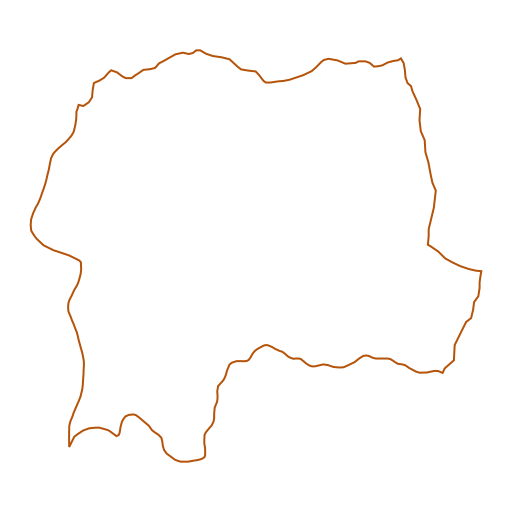 Tsirangtoe, Chirang, Bhutan
{"feature_id": "84629894B69953247245699", "entity_name": "Tsirangtoe", "entity_type": "district", "adm_level": 2, "iso_a3": "BTN", "parent_name": "Bhutan", "parent_adm1": "Chirang", "projection": "robinson", "projection_center": [90.098, 27.057], "detail": "fine", "context": "isolated", "style": "outline", "palette": "amber", "viewbox_px": 512, "rotation_deg": 0, "n_neighbors": 0, "source": "geoboundaries", "source_scale": "gbopen_adm2", "svg_char_len": 3708}
<svg xmlns="http://www.w3.org/2000/svg" viewBox="0 0 512 512"><path d="M442.6,372.9L444.7,368.4L453.9,360.3L454.7,345.0L457.8,338.7L462.1,330.0L466.1,322.0L471.1,318.1L473.1,309.8L474.1,302.1L478.3,296.3L479.6,288.0L479.6,282.4L480.3,277.1L481.3,271.2L476.1,270.7L469.1,269.1L460.4,266.2L452.6,262.5L445.2,258.4L438.1,251.4L430.3,246.1L427.9,244.8L428.7,235.6L428.7,229.1L433.8,207.9L435.8,190.7L432.4,182.7L430.6,174.3L428.4,162.4L425.4,152.1L424.7,140.2L420.8,131.2L419.5,120.2L419.9,113.7L420.2,109.0L416.2,99.3L412.5,91.3L411.0,86.1L407.6,83.2L405.5,77.5L404.9,70.1L403.6,63.0L400.9,58.4L398.0,60.3L393.6,60.9L387.7,62.5L382.2,65.4L378.3,66.2L374.0,66.6L369.7,62.9L365.4,61.3L358.7,61.3L355.6,62.9L345.4,63.7L337.5,60.4L328.5,58.8L323.8,60.0L321.1,62.1L316.0,67.4L311.7,71.1L303.1,75.2L289.7,79.7L283.8,80.9L278.7,81.3L270.5,82.5L265.8,82.5L263.5,80.9L258.8,74.7L255.6,71.4L248.2,70.6L241.1,69.4L237.4,66.5L229.6,59.3L221.7,57.3L212.7,56.0L205.7,53.6L200.2,50.3L196.3,50.3L192.7,53.1L188.8,54.0L182.9,52.7L175.5,54.3L169.6,57.6L164.5,60.5L159.0,63.4L155.1,67.9L150.4,69.1L143.3,69.9L138.6,73.2L134.7,75.7L131.6,78.1L125.7,78.1L122.5,76.5L117.1,72.4L111.2,70.3L108.8,72.4L104.1,77.7L99.4,80.6L93.9,83.0L92.7,90.0L92.0,97.4L88.8,102.3L83.3,106.0L78.6,104.9L77.4,109.2L76.4,111.8L76.4,115.4L76.1,119.9L75.4,124.5L74.5,128.5L73.6,132.0L71.5,135.6L68.6,139.1L65.7,142.2L62.0,145.2L58.4,148.3L55.1,151.6L53.1,154.0L51.1,158.1L50.0,163.3L48.7,170.1L47.1,176.3L46.4,179.6L45.4,183.4L44.1,187.3L43.2,190.0L42.3,192.4L41.5,194.7L40.9,196.7L39.2,200.9L37.9,203.8L35.7,207.5L34.4,210.5L33.2,213.0L31.1,219.4L30.7,225.2L31.2,230.7L34.0,235.3L36.5,238.6L39.6,241.6L43.7,245.4L47.4,247.2L53.4,250.2L58.9,252.0L65.2,254.1L69.2,255.5L72.5,257.1L76.3,259.0L79.3,260.5L80.9,262.3L81.0,265.7L81.2,269.0L80.6,274.2L79.4,278.7L78.3,282.4L76.8,285.8L74.3,289.8L71.4,296.2L69.5,299.8L68.5,302.8L68.1,306.4L68.4,311.4L70.7,316.8L72.0,320.4L73.6,324.0L74.9,327.6L76.7,332.0L77.7,335.6L78.6,339.8L80.9,348.1L82.2,352.6L83.3,357.9L83.9,362.1L83.9,365.7L83.6,370.1L83.5,374.3L83.1,379.9L82.8,384.7L82.3,389.1L80.5,396.6L78.5,401.6L73.7,412.6L72.4,416.6L70.3,421.6L69.3,425.8L69.1,431.9L69.1,438.8L69.2,447.0L74.3,436.7L77.7,434.1L83.0,430.6L89.2,428.3L95.2,427.7L99.4,427.7L108.0,430.1L110.7,431.8L112.5,433.2L116.5,436.1L118.7,435.0L119.6,432.9L120.6,426.7L121.9,421.9L123.1,419.6L125.3,416.5L128.8,414.9L131.1,414.7L133.3,414.4L135.9,415.1L139.4,417.7L141.1,419.2L148.8,425.7L152.0,430.2L154.6,432.2L158.5,434.8L161.4,437.8L162.3,441.6L162.9,446.2L164.1,450.0L166.7,453.6L174.9,459.7L178.6,461.1L180.9,461.7L188.0,461.7L194.5,460.5L197.4,460.1L200.6,459.3L202.5,458.5L204.5,457.1L205.2,455.0L205.1,448.2L204.3,443.4L204.3,439.6L204.6,434.7L205.8,432.4L208.7,428.8L211.7,425.4L213.5,421.6L214.1,418.7L214.2,413.2L214.7,407.6L217.1,401.7L217.5,398.5L217.5,394.7L217.2,391.6L218.1,386.1L223.4,380.2L224.9,377.4L226.1,374.1L226.6,372.0L227.5,369.4L229.5,364.6L231.7,362.8L235.3,361.5L237.4,361.1L243.5,361.2L246.2,361.1L248.5,360.1L250.1,358.1L253.0,353.1L255.1,350.7L257.3,349.1L259.2,348.0L263.2,345.8L265.2,345.1L267.3,345.1L269.8,346.0L272.4,347.2L275.5,349.1L277.5,349.9L279.3,350.8L282.4,351.8L285.3,354.0L287.9,356.4L290.2,357.7L293.5,358.8L295.8,358.5L298.8,358.5L300.9,359.1L304.1,361.7L305.9,363.3L309.3,365.5L312.1,366.4L315.2,366.3L323.2,364.4L327.9,365.1L330.3,365.9L333.6,367.0L339.1,367.5L343.4,367.3L345.9,366.3L354.5,362.2L359.3,358.4L363.1,356.0L365.8,355.5L368.5,355.8L372.8,357.8L375.7,358.5L387.1,358.5L390.2,359.0L393.3,360.9L395.6,362.5L397.9,363.8L402.9,364.5L405.4,365.3L409.2,368.0L416.0,371.6L419.6,372.7L426.9,372.5L434.5,370.9L438.0,371.0L442.6,372.9Z" fill="none" stroke="#b45309" stroke-width="2"/></svg>